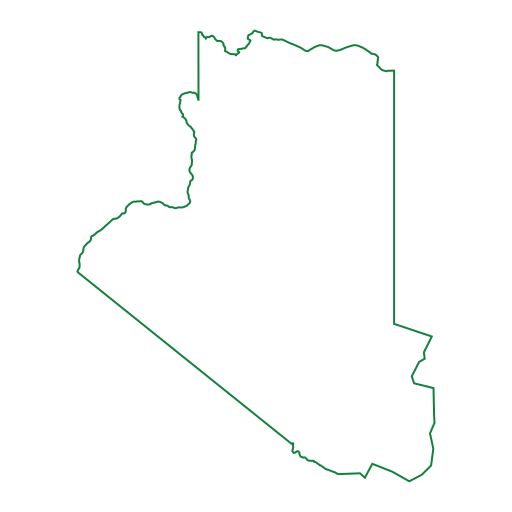 the district of Koroba/Kopiago District, Southern Highlands, Papua New Guinea
{"feature_id": "67681753B5215612812424", "entity_name": "Koroba/Kopiago District", "entity_type": "district", "adm_level": 2, "iso_a3": "PNG", "parent_name": "Papua New Guinea", "parent_adm1": "Southern Highlands", "projection": "mercator", "projection_center": [142.383, -5.438], "detail": "fine", "context": "isolated", "style": "outline", "palette": "green", "viewbox_px": 512, "rotation_deg": 0, "n_neighbors": 0, "source": "geoboundaries", "source_scale": "gbopen_adm2", "svg_char_len": 5823}
<svg xmlns="http://www.w3.org/2000/svg" viewBox="0 0 512 512"><path d="M198.4,32.2L198.5,100.6L197.0,95.1L196.3,94.0L195.6,93.3L194.4,92.8L192.3,92.7L190.7,92.2L189.5,92.1L188.8,92.2L187.5,92.8L185.6,93.0L182.5,94.3L181.7,94.7L181.2,95.3L180.2,97.1L179.4,98.0L179.4,99.0L179.6,99.3L180.0,99.5L180.3,99.8L180.4,100.1L180.6,100.3L180.6,100.5L180.3,101.4L180.2,101.9L180.2,102.7L179.6,104.6L179.4,105.8L179.4,107.7L179.6,108.9L180.2,110.2L181.0,111.0L181.0,111.3L181.2,111.6L181.2,112.1L181.9,113.3L182.7,113.9L183.1,114.7L183.1,115.1L182.9,115.8L182.4,116.7L183.6,117.3L185.5,119.0L186.0,119.9L186.2,120.4L186.2,120.7L186.4,120.9L186.6,122.3L187.0,123.3L187.7,124.1L187.8,124.5L189.0,125.7L190.3,126.5L191.1,127.3L191.6,128.2L192.1,128.6L193.3,130.5L193.9,131.0L194.2,131.5L194.2,132.8L193.9,133.7L193.9,135.8L194.8,137.3L195.6,138.2L196.1,138.9L196.2,139.3L196.2,140.0L195.7,142.1L195.7,143.3L195.6,144.2L195.4,144.5L195.1,145.8L194.9,149.2L194.2,150.6L193.7,151.2L192.9,152.0L192.6,152.1L192.2,152.4L191.7,152.9L191.8,153.8L191.5,155.5L191.4,157.6L191.6,158.2L191.6,158.6L191.9,159.7L192.0,160.3L192.1,161.2L191.9,161.6L191.8,163.3L191.9,163.7L191.6,165.2L191.4,165.7L190.2,167.3L189.7,168.2L189.7,168.8L189.4,169.2L189.5,171.0L189.6,171.3L190.6,173.1L192.1,174.8L192.4,175.3L192.8,176.2L192.8,177.3L192.9,177.8L192.8,178.6L192.6,179.2L192.2,179.8L191.8,180.2L191.0,180.5L190.5,181.1L190.2,181.8L190.1,183.1L189.8,184.4L189.5,185.3L189.3,185.5L188.5,186.9L188.1,187.8L188.1,188.9L187.9,190.2L187.6,191.0L187.5,191.6L187.6,192.6L187.7,193.2L188.6,195.2L188.7,195.7L188.7,196.3L188.7,197.8L188.8,198.3L189.1,198.9L189.6,199.4L190.0,200.2L190.2,201.0L190.2,201.7L190.0,202.3L189.7,203.0L188.0,204.7L187.0,205.6L185.5,206.3L184.6,206.6L183.9,207.1L183.5,207.1L182.9,207.3L181.2,207.5L179.0,207.3L178.3,207.5L175.8,208.1L175.0,208.1L174.5,208.0L172.4,207.1L171.3,207.1L171.2,207.2L169.8,207.2L169.0,206.9L167.8,205.9L167.3,205.6L166.3,205.6L165.0,205.3L164.1,204.8L162.7,203.2L159.9,201.8L157.9,201.6L157.4,201.8L154.8,202.4L154.4,202.6L154.0,202.6L153.6,202.8L152.4,203.0L151.6,203.2L151.1,203.5L150.7,203.9L150.4,204.0L150.2,204.3L149.5,204.2L149.0,204.5L146.6,204.5L144.9,204.1L143.8,203.5L142.9,202.3L142.1,201.6L141.1,201.1L140.5,201.1L140.0,201.3L139.4,201.4L138.4,201.4L136.9,201.4L135.7,201.7L133.5,201.7L132.0,202.3L129.4,204.1L127.1,206.5L126.3,207.5L125.7,208.7L125.8,210.8L125.6,212.0L125.4,212.2L125.4,212.4L124.7,213.2L124.2,213.4L123.4,213.4L122.7,213.3L122.4,213.4L121.4,214.3L119.9,216.3L118.4,217.5L117.3,218.2L115.7,218.7L113.7,218.8L112.4,219.6L111.9,220.1L111.5,220.4L109.7,222.3L109.2,222.6L108.6,223.2L108.2,223.4L107.0,224.7L106.4,225.1L106.0,225.4L102.7,228.6L100.0,230.6L97.1,232.2L96.3,232.9L96.3,233.0L95.2,234.2L94.2,234.8L93.6,235.4L92.6,235.9L92.2,235.9L91.7,236.2L91.3,236.7L91.1,237.2L91.1,238.4L90.8,239.8L90.5,240.4L90.0,241.0L89.8,241.4L87.4,243.1L86.9,243.6L86.3,244.4L84.6,246.1L84.1,246.8L83.5,248.2L83.4,249.0L83.4,250.2L82.8,252.2L82.3,253.0L80.5,254.7L79.9,256.0L79.9,256.5L79.5,257.6L79.1,260.2L79.2,261.6L79.3,262.6L79.5,263.1L79.6,264.0L79.6,266.9L79.3,267.9L78.1,269.8L77.5,271.6L78.1,272.5L291.4,443.7L292.8,443.2L293.1,443.4L293.3,443.7L292.9,444.8L292.9,445.7L293.2,446.5L293.3,447.0L292.8,449.2L292.4,450.2L292.4,451.0L292.8,451.7L293.2,452.4L293.7,452.9L294.7,452.8L295.9,452.1L297.2,451.2L298.0,451.3L298.5,451.6L299.1,452.1L299.3,452.7L299.4,453.6L299.6,454.4L300.0,455.4L300.5,456.4L301.1,456.8L301.6,457.0L302.2,457.1L302.9,457.6L304.4,457.4L305.0,457.5L305.6,457.8L306.3,458.5L307.1,459.7L307.5,460.1L308.4,460.5L309.7,460.7L310.9,460.8L313.7,460.8L313.8,461.5L314.0,461.8L315.7,462.2L316.1,462.4L320.1,465.4L320.7,465.4L326.0,469.2L328.6,470.0L331.4,471.1L333.5,471.9L335.0,472.3L335.5,472.8L336.0,472.9L336.7,473.5L338.8,474.1L360.0,473.3L364.9,477.7L372.3,463.8L392.3,471.7L409.3,481.3L421.9,474.7L431.1,465.5L433.3,448.6L430.0,433.4L434.5,422.8L434.1,415.3L433.5,388.1L414.1,383.3L411.8,376.3L419.1,361.9L424.7,358.7L423.9,352.3L431.8,336.5L394.1,323.9L394.1,70.7L391.1,70.7L390.3,70.8L388.4,70.7L387.5,70.8L386.8,71.2L384.1,70.7L382.4,70.1L380.9,69.1L378.6,66.6L377.0,65.0L377.0,64.7L377.6,63.0L377.4,62.2L378.0,59.7L377.8,59.5L378.1,57.2L376.4,55.2L374.6,54.2L373.1,53.9L371.3,53.7L369.9,52.3L365.1,49.1L362.2,47.4L358.0,45.7L355.5,45.2L353.8,45.2L350.6,46.0L345.2,47.8L343.7,48.5L341.5,49.4L338.8,50.3L336.5,50.8L335.3,50.7L333.7,50.2L328.1,47.0L322.5,45.4L321.2,45.2L319.3,45.3L318.0,45.7L314.7,47.0L309.6,50.0L307.9,51.1L306.5,51.1L304.8,50.4L302.3,48.7L299.9,47.3L293.1,44.3L289.5,43.0L285.1,40.8L283.4,40.0L281.4,39.4L278.6,39.8L277.5,39.7L275.8,39.3L273.9,39.7L270.5,37.9L269.0,37.7L268.2,38.0L267.1,38.2L266.6,38.0L266.2,37.7L264.9,37.3L263.8,36.7L262.6,36.3L262.2,36.1L261.7,33.0L260.3,32.4L259.3,32.2L256.6,31.4L255.6,30.8L254.9,30.7L254.2,30.8L253.3,31.7L253.0,32.4L252.5,33.0L252.0,33.5L250.8,34.0L250.2,34.5L249.2,34.8L248.4,35.4L247.9,36.7L247.8,38.1L247.9,38.8L248.2,39.2L250.3,40.2L250.4,40.5L250.4,41.0L249.6,42.2L248.9,43.7L248.1,44.6L247.2,45.5L246.5,46.8L246.0,47.1L245.3,48.1L244.6,48.3L243.2,48.4L242.1,48.6L241.3,48.9L240.1,48.9L238.2,49.3L237.7,49.8L237.6,50.4L237.9,51.1L238.8,51.7L239.2,52.3L238.9,52.8L236.5,54.4L236.2,55.1L235.7,55.2L235.5,54.6L234.8,54.2L231.5,54.1L230.3,53.9L227.5,52.4L227.0,51.8L226.5,51.7L225.6,51.3L225.0,50.9L225.2,50.2L225.1,49.3L225.3,48.2L225.0,47.4L224.6,47.1L224.6,46.4L223.9,46.0L223.5,45.3L223.5,44.2L223.4,43.4L221.7,41.5L221.0,41.2L219.9,41.0L218.4,41.0L217.3,41.0L216.9,40.8L216.2,40.0L215.2,39.2L214.8,38.4L214.5,37.6L214.1,37.0L213.4,36.4L212.4,35.8L211.8,35.8L210.8,36.2L209.2,37.1L208.0,37.0L207.0,37.1L206.4,37.4L205.9,38.4L205.3,37.3L204.1,37.1L203.6,36.3L203.4,35.8L203.2,35.3L202.6,35.0L202.2,34.7L201.9,33.2L201.4,32.5L200.6,32.2L198.4,32.2Z" fill="none" stroke="#15803d" stroke-width="2"/></svg>